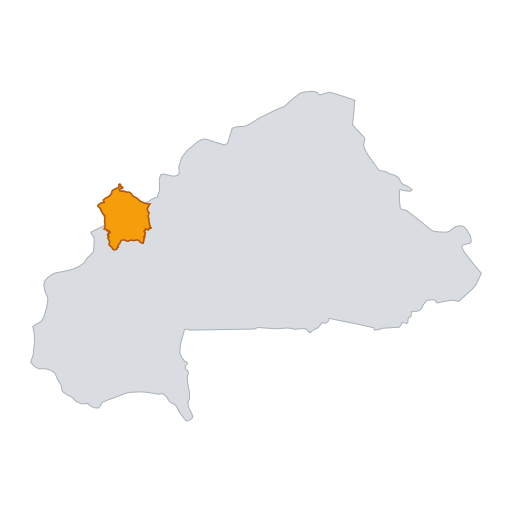 location of Kossi, Kossi, Burkina Faso
{"feature_id": "67063806B77397496256894", "entity_name": "Kossi", "entity_type": "district", "adm_level": 2, "iso_a3": "BFA", "parent_name": "Burkina Faso", "parent_adm1": "Kossi", "projection": "albers", "projection_center": [-3.794, 12.935], "detail": "fine", "context": "in_parent", "style": "filled", "palette": "amber", "viewbox_px": 512, "rotation_deg": 0, "n_neighbors": 0, "source": "geoboundaries", "source_scale": "gbopen_adm2", "svg_char_len": 8312}
<svg xmlns="http://www.w3.org/2000/svg" viewBox="0 0 512 512"><path d="M397.6,327.3L382.9,328.2L377.6,329.9L374.4,330.0L374.2,328.6L373.8,327.8L355.2,323.6L342.2,321.1L329.0,318.3L328.3,321.1L326.4,323.0L323.6,323.1L321.6,322.7L320.3,324.9L318.1,327.7L315.1,329.2L312.1,330.9L310.5,332.5L309.2,332.5L306.2,329.0L302.2,328.6L294.7,329.3L291.3,328.4L286.7,328.0L275.9,328.8L258.5,327.5L255.7,328.3L254.9,329.0L237.7,329.3L218.8,329.6L203.0,329.9L189.2,330.1L189.1,329.4L184.7,329.4L184.2,330.6L180.3,345.1L179.9,353.0L182.0,357.9L184.4,361.0L187.0,362.2L187.3,364.0L185.2,366.3L185.4,368.6L187.9,371.0L188.5,373.5L187.2,376.2L187.6,382.5L189.5,392.6L189.5,399.1L187.8,402.1L188.6,407.2L192.1,414.4L192.7,417.4L191.5,418.8L188.7,420.7L185.8,420.7L182.4,416.3L180.9,414.4L178.2,410.0L175.9,405.5L172.8,403.6L169.7,401.8L166.0,396.2L162.4,393.5L158.6,394.3L153.0,393.2L141.9,391.8L129.9,392.3L124.9,393.5L119.9,395.6L107.5,400.1L102.5,402.3L98.8,408.0L94.5,407.8L90.3,406.0L87.6,403.4L81.9,404.0L76.4,401.5L71.1,396.6L67.2,394.9L62.3,391.4L60.9,384.6L57.8,379.8L54.9,373.2L50.6,370.2L45.6,368.7L38.8,368.9L34.3,366.3L30.7,362.4L31.7,359.1L33.3,354.3L33.5,349.7L34.7,342.4L34.1,333.1L32.8,326.6L36.6,323.9L41.0,321.6L43.8,317.2L46.7,307.3L47.9,298.8L47.0,295.6L45.6,293.1L44.5,289.4L43.8,285.0L44.7,281.0L48.0,277.4L52.1,274.4L55.1,273.0L62.9,271.5L72.6,269.3L78.2,266.8L82.3,264.2L84.6,262.2L86.9,258.1L90.7,254.9L93.6,251.6L94.1,242.6L94.0,237.5L91.9,234.6L90.7,232.2L105.1,225.1L105.2,220.2L103.2,214.6L100.4,210.1L99.4,206.2L103.4,201.7L106.9,198.3L109.5,195.4L115.1,190.9L121.0,189.8L126.3,191.5L142.0,201.9L144.7,202.6L148.0,201.8L152.1,199.0L157.5,196.8L159.5,189.9L159.3,179.6L160.5,174.9L163.3,174.0L172.3,176.0L174.7,176.1L177.3,175.4L179.2,173.6L179.1,170.3L178.7,167.4L181.6,157.8L186.9,150.7L197.7,141.7L201.0,139.9L205.0,138.9L224.4,145.0L227.5,143.4L232.2,128.2L237.4,126.7L243.7,126.4L247.8,125.0L249.9,124.0L259.1,118.1L275.2,110.1L283.9,106.6L285.6,105.3L291.8,99.7L300.0,93.2L305.3,91.9L312.6,91.3L317.2,92.3L318.5,94.1L320.0,95.0L329.5,92.1L343.2,96.3L355.1,100.4L354.3,103.1L354.3,107.8L353.5,115.4L352.4,124.5L357.4,130.2L363.3,136.4L365.0,138.9L363.5,145.1L364.6,148.7L367.8,154.7L373.2,162.3L378.8,170.2L382.5,171.1L386.1,171.7L388.3,173.1L391.5,174.4L394.7,175.2L397.4,176.9L399.2,178.6L401.6,183.4L407.8,186.5L412.1,189.6L410.4,191.3L405.1,190.8L400.0,189.5L399.4,191.8L399.4,200.8L400.3,208.2L401.5,209.2L406.6,210.5L418.8,219.9L429.8,228.9L433.5,231.2L439.6,232.0L446.3,232.2L449.2,231.3L455.6,226.5L459.1,225.9L462.3,226.0L464.0,226.7L467.2,230.4L470.3,236.0L471.2,240.2L471.0,242.5L470.0,243.3L464.7,244.5L462.4,245.4L461.9,246.7L462.8,249.5L463.8,251.3L469.9,259.4L478.6,270.2L481.3,273.0L479.9,276.4L475.8,285.1L472.6,288.8L458.7,301.4L451.6,300.1L437.0,302.9L434.8,300.1L431.3,299.8L427.1,300.4L425.6,301.5L425.1,302.7L423.6,304.4L421.0,309.3L419.0,310.6L416.4,311.4L413.2,311.4L411.3,312.0L411.3,314.4L410.8,316.6L408.7,317.6L407.8,320.0L408.0,322.3L406.8,323.4L404.0,322.9L402.3,322.3L400.8,325.3L399.0,327.3L397.6,327.3Z" fill="#d9dde1" stroke="#a8b0b8" stroke-width="1"/><path d="M151.4,227.9L151.2,227.8L150.5,227.6L150.3,227.5L150.1,227.4L150.0,227.1L150.0,226.8L150.0,226.3L150.2,225.9L150.2,225.7L150.1,225.4L149.6,224.9L149.4,224.5L149.3,224.3L149.4,223.7L149.5,223.2L149.0,221.5L149.1,221.2L149.1,220.8L148.7,220.0L149.0,218.9L149.0,218.5L148.9,218.3L148.7,218.1L148.4,217.8L148.3,216.6L148.2,216.5L148.1,215.8L148.2,215.4L148.5,215.1L148.6,214.7L148.7,214.3L148.8,213.8L149.0,213.2L149.2,212.9L149.0,212.6L148.9,212.4L148.0,212.0L147.8,211.6L147.9,210.7L147.7,210.0L147.4,209.4L147.4,209.2L147.5,208.7L147.3,208.8L147.3,208.7L147.5,208.5L147.6,208.3L147.5,208.1L147.5,207.8L148.0,207.4L148.1,206.9L148.4,206.6L148.6,206.3L148.6,206.0L148.7,205.6L148.7,205.2L148.8,205.1L148.8,204.9L149.5,204.9L149.7,204.6L149.6,204.3L149.6,204.2L149.8,203.9L149.2,204.0L148.3,204.0L148.1,203.9L147.5,203.9L147.1,203.7L144.5,203.2L143.4,202.6L141.8,201.9L141.6,201.7L141.2,201.6L140.6,201.4L140.2,201.2L139.2,200.3L137.2,198.4L136.6,197.9L135.7,197.4L133.7,196.7L133.0,196.0L131.3,193.8L130.6,193.1L129.5,192.3L128.5,192.1L127.4,192.2L126.4,192.1L125.0,191.6L123.0,191.1L121.9,191.2L121.0,191.3L120.2,190.9L119.8,190.7L119.5,190.3L119.4,189.5L119.7,189.1L120.4,188.7L120.9,188.6L122.6,188.1L122.8,187.8L122.8,187.3L122.5,187.1L121.4,186.7L121.1,186.5L120.8,186.1L120.9,185.8L120.5,184.4L120.1,184.2L119.6,184.0L118.9,184.4L118.8,184.6L119.0,185.7L118.9,186.5L118.1,187.6L117.7,188.0L116.9,188.1L116.0,188.4L115.0,188.9L114.7,189.3L114.1,189.7L113.2,190.1L112.8,190.2L112.2,190.7L111.9,191.5L111.7,192.3L111.5,193.2L111.1,194.2L110.5,195.0L110.2,195.2L109.8,195.5L109.7,195.8L109.2,196.3L107.9,197.1L107.1,197.3L106.3,197.6L105.4,198.2L103.4,199.8L103.3,200.1L103.3,200.4L103.6,201.0L104.0,201.4L104.2,201.7L104.3,202.2L104.1,202.5L103.7,202.7L103.2,202.8L102.4,202.6L101.7,202.6L100.8,203.1L99.0,204.4L98.4,204.7L98.1,205.0L97.9,205.4L97.8,206.0L98.0,206.4L99.1,207.3L99.7,207.9L100.3,208.6L101.0,209.7L101.5,211.0L102.1,212.6L103.5,214.4L104.5,215.4L104.9,216.1L105.0,216.8L104.8,218.3L104.8,218.8L104.6,220.2L104.6,220.8L104.5,221.5L104.6,222.3L104.9,223.4L105.1,224.7L105.0,226.1L104.8,227.4L104.4,228.3L104.0,228.9L104.5,229.0L104.8,229.0L105.1,229.2L105.1,229.4L105.3,229.6L105.5,229.7L105.8,229.7L106.1,229.4L106.3,229.4L106.5,229.5L106.7,230.1L106.8,230.2L107.0,230.2L107.2,230.3L107.3,230.3L107.4,230.5L107.3,231.0L108.1,231.2L108.3,231.0L108.4,231.3L108.5,231.2L108.8,231.2L109.0,231.1L109.0,231.4L109.3,231.4L109.2,231.7L109.3,231.7L109.5,231.6L109.8,231.7L109.9,232.1L109.9,232.3L110.0,232.3L110.0,232.6L109.8,232.8L109.7,232.8L109.4,232.9L109.6,233.2L109.2,233.4L109.0,233.2L108.9,233.1L108.5,233.4L108.3,233.4L108.2,233.5L108.2,233.8L108.2,234.0L107.7,234.2L107.9,234.6L107.9,234.8L107.7,235.0L108.0,235.2L108.3,235.2L108.3,235.4L108.1,235.5L108.1,235.9L108.0,236.1L108.0,236.3L108.1,236.5L108.1,236.8L108.3,236.9L108.5,236.9L108.3,237.2L108.3,237.3L108.2,237.5L108.3,237.5L108.5,237.6L108.4,237.7L108.3,237.8L108.5,237.8L108.5,238.0L108.3,238.1L108.5,238.2L108.5,238.3L108.4,238.4L108.3,238.5L108.2,238.7L108.3,238.9L108.4,239.2L109.6,241.5L109.7,241.8L109.8,241.9L109.7,242.1L109.6,242.3L109.2,243.3L109.1,243.7L109.0,244.3L109.1,244.5L109.2,244.9L109.5,245.2L110.2,246.0L110.4,246.0L111.5,247.1L111.9,247.2L112.1,247.6L112.2,248.1L112.2,248.3L112.4,248.5L112.6,248.6L112.6,248.9L113.0,249.3L113.6,249.7L113.9,249.8L114.3,249.9L115.3,249.8L115.7,249.6L116.1,249.4L116.6,248.9L116.8,248.8L117.1,248.8L117.2,248.7L117.1,248.0L117.2,247.6L117.4,247.2L117.5,247.1L117.7,246.9L118.0,246.8L118.0,247.0L118.4,247.0L118.4,246.9L118.4,246.7L118.4,246.2L118.3,245.7L118.3,244.9L118.3,244.7L118.6,244.5L118.8,244.4L119.2,244.0L119.6,243.6L119.9,243.3L120.3,242.3L120.5,241.5L120.7,241.1L121.1,240.6L121.4,240.4L121.8,240.2L122.2,240.1L122.8,240.0L123.8,239.9L124.0,239.9L124.8,240.1L125.0,240.1L125.8,240.6L126.7,241.1L126.8,241.1L127.5,241.2L128.4,241.1L129.1,240.7L129.4,240.6L130.4,240.3L131.1,240.1L131.9,240.2L132.7,240.4L133.8,240.6L134.2,240.5L134.8,240.3L136.2,240.1L136.8,240.0L137.3,239.9L137.5,240.0L138.0,240.1L138.4,240.3L139.0,240.7L139.5,241.5L140.4,242.3L140.9,242.6L141.7,243.0L142.6,243.1L143.2,243.2L143.2,242.9L143.2,242.4L143.1,242.2L143.1,241.9L143.3,241.9L143.5,241.9L143.7,241.3L143.9,241.1L143.9,240.8L143.8,240.6L143.8,240.3L143.7,240.0L143.9,239.7L143.8,239.3L144.1,238.9L144.2,238.7L144.4,238.6L144.4,238.3L144.3,238.1L144.2,238.0L143.8,237.8L143.8,237.4L144.1,237.3L144.3,237.5L144.5,237.5L144.7,237.0L144.7,236.7L144.5,236.4L144.4,236.4L144.1,236.5L144.0,236.4L144.2,236.1L144.4,235.9L144.5,235.9L144.7,235.7L145.0,235.7L144.9,235.1L144.9,234.6L144.7,234.4L144.7,234.2L144.8,234.1L145.3,233.7L145.4,233.3L145.3,233.1L145.2,233.0L145.4,232.7L145.2,232.4L144.8,232.0L144.6,231.8L144.5,231.7L144.4,231.6L144.0,231.5L144.0,231.4L144.3,231.1L144.5,230.6L144.7,230.4L144.9,230.4L144.9,230.2L145.0,230.1L145.3,230.0L145.3,229.5L145.3,229.3L145.3,229.1L145.5,228.7L145.9,229.0L146.2,229.1L146.7,229.4L147.5,229.9L147.9,230.0L148.1,230.0L148.4,229.9L148.7,229.6L148.9,229.2L148.9,228.6L149.1,228.3L149.4,227.9L149.5,227.8L149.8,227.9L149.9,228.3L150.0,228.4L150.5,228.4L151.0,228.2L151.4,228.0L151.4,227.9Z" fill="#f59e0b" stroke="#b45309" stroke-width="1.5"/></svg>